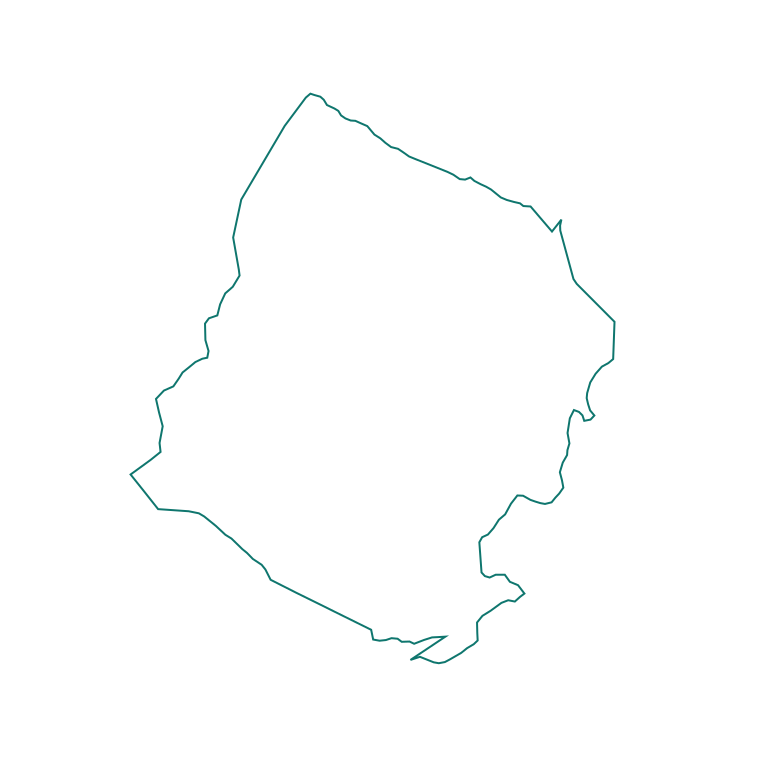 São José de Espinharas, Paraíba, Brazil, rotated 219°
{"feature_id": "56859067B13371675739856", "entity_name": "São José de Espinharas", "entity_type": "district", "adm_level": 2, "iso_a3": "BRA", "parent_name": "Brazil", "parent_adm1": "Paraíba", "projection": "equal_earth", "projection_center": [-37.406, -6.814], "detail": "fine", "context": "isolated", "style": "outline", "palette": "teal", "viewbox_px": 768, "rotation_deg": 219, "n_neighbors": 0, "source": "geoboundaries", "source_scale": "gbopen_adm2", "svg_char_len": 2242}
<svg xmlns="http://www.w3.org/2000/svg" viewBox="0 0 768 768"><g transform="rotate(219 384 384)"><path d="M551.8,228.9L540.9,220.3L529.4,211.9L521.3,196.9L514.9,190.6L517.6,178.2L524.0,154.2L503.0,149.6L480.8,144.6L455.7,162.2L446.5,167.0L440.4,167.9L432.8,167.9L425.3,167.9L412.4,167.0L405.3,167.9L390.0,166.5L384.2,166.5L375.8,165.5L365.3,166.5L359.4,165.2L348.9,160.5L321.0,166.5L293.7,172.7L280.2,175.7L239.3,184.9L231.6,178.6L225.9,181.7L221.4,186.2L218.2,191.2L213.1,194.6L208.0,194.8L202.1,199.9L197.1,201.1L191.8,210.3L187.2,217.3L182.3,221.7L177.3,226.3L189.8,186.2L184.4,194.6L170.2,199.0L165.7,201.5L161.7,206.2L159.4,211.6L154.8,223.6L153.2,231.0L150.5,238.3L149.8,243.6L154.8,249.2L161.6,257.2L161.6,265.8L158.5,274.7L155.0,287.8L151.4,294.1L145.4,297.3L144.3,304.3L143.0,309.5L153.2,312.0L161.7,309.5L170.1,311.8L177.2,306.0L180.1,300.1L184.7,298.2L189.6,298.9L210.3,321.0L211.3,326.7L208.5,332.4L208.2,341.0L209.3,350.9L207.8,358.9L210.0,370.9L210.2,381.3L205.6,384.7L197.3,386.1L192.3,387.9L187.6,389.8L183.4,392.1L179.3,397.5L179.3,403.5L178.9,409.1L179.4,416.3L185.0,421.1L191.8,426.1L195.6,435.4L197.0,444.0L199.8,448.0L202.5,454.5L210.5,461.4L218.0,474.3L220.0,483.3L214.9,485.0L210.0,484.5L205.2,481.4L201.1,486.3L200.7,491.9L207.2,493.2L212.6,496.7L217.6,500.6L220.4,504.8L224.7,515.0L226.0,525.1L225.6,534.6L222.8,541.5L221.6,547.6L244.0,577.4L297.2,583.1L302.8,584.8L310.3,590.2L343.6,614.2L346.9,618.0L349.6,623.4L349.4,608.2L381.8,614.2L387.7,610.0L392.0,610.0L397.5,607.3L404.4,604.3L410.6,602.5L415.7,602.5L423.3,602.5L428.8,601.6L434.6,600.1L441.5,598.7L446.8,598.9L449.6,593.9L454.1,590.9L461.8,590.3L468.1,588.8L500.7,578.7L507.7,576.6L514.3,576.2L521.1,575.6L527.6,572.6L534.6,572.3L541.4,572.6L548.4,571.8L554.6,573.0L559.3,573.9L566.2,572.0L571.9,570.5L575.7,567.8L581.1,566.1L586.4,565.7L591.4,567.5L595.9,566.9L603.9,564.9L609.7,567.0L614.3,567.2L619.9,564.8L623.9,563.3L625.0,557.4L623.6,522.1L611.0,437.5L593.4,402.9L568.9,381.6L564.5,377.4L562.7,364.4L564.4,354.5L561.5,342.8L556.7,332.4L561.4,324.9L561.1,318.3L550.4,305.7L541.1,299.2L537.9,293.2L541.1,289.3L544.4,282.4L546.1,274.0L547.8,266.2L546.9,258.9L546.2,249.6L550.9,240.4L551.8,228.9Z" fill="none" stroke="#0f766e" stroke-width="2"/></g></svg>